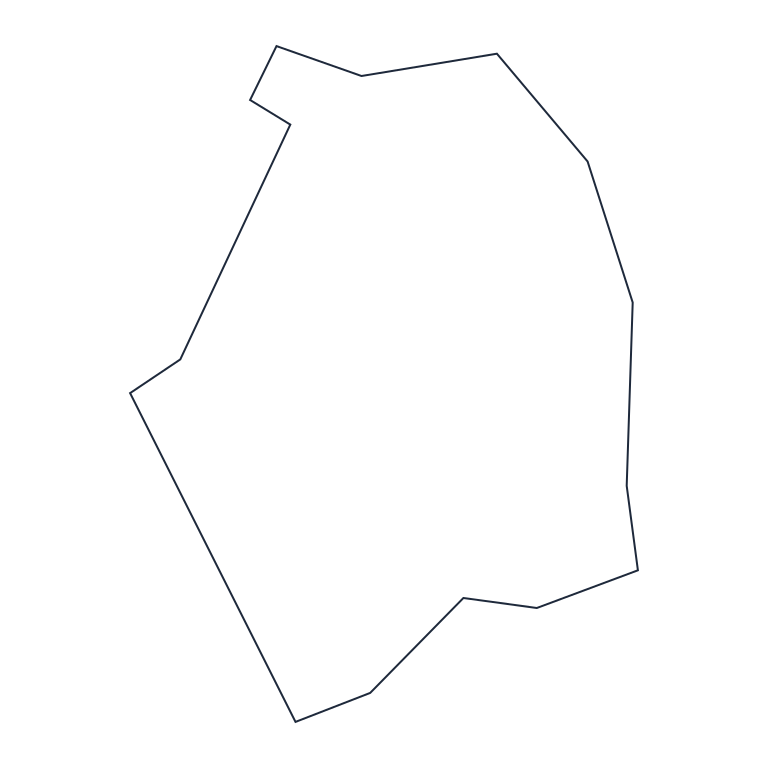 Karshi city, Kashkadarya, Uzbekistan (Robinson projection)
{"feature_id": "79887680B88652544593040", "entity_name": "Karshi city", "entity_type": "district", "adm_level": 2, "iso_a3": "UZB", "parent_name": "Uzbekistan", "parent_adm1": "Kashkadarya", "projection": "robinson", "projection_center": [65.821, 38.808], "detail": "fine", "context": "isolated", "style": "outline", "palette": "slate", "viewbox_px": 768, "rotation_deg": 0, "n_neighbors": 0, "source": "geoboundaries", "source_scale": "gbopen_adm2", "svg_char_len": 315}
<svg xmlns="http://www.w3.org/2000/svg" viewBox="0 0 768 768"><path d="M276.5,46.1L250.1,100.0L290.3,124.6L180.3,359.4L130.1,393.1L295.5,721.9L370.2,692.9L463.4,598.0L536.8,608.0L637.9,570.3L626.7,485.8L632.7,302.5L587.6,161.5L496.9,53.7L361.5,76.0L276.5,46.1Z" fill="none" stroke="#1e293b" stroke-width="2"/></svg>